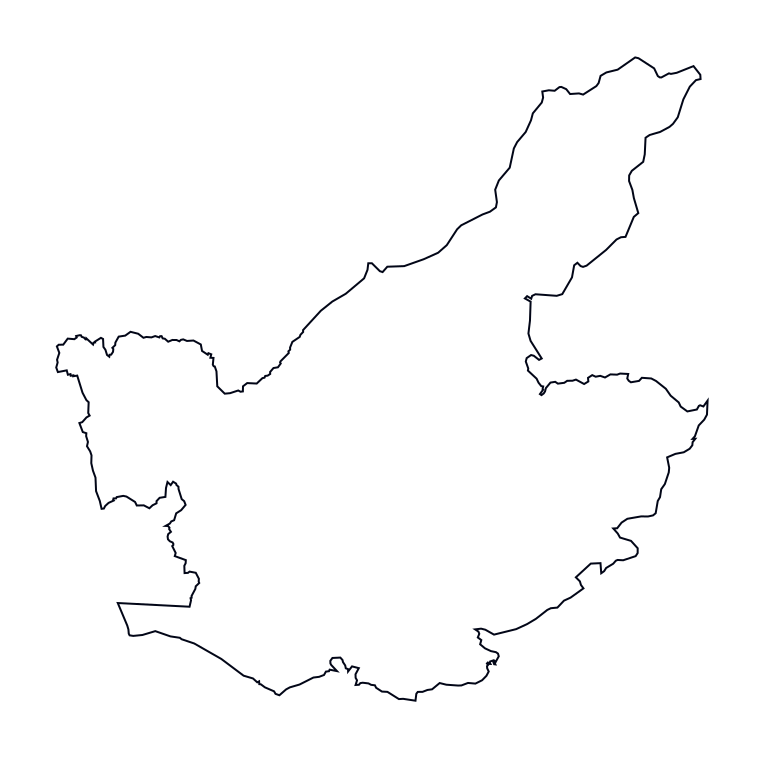 the district of Sisesti, Maramures, Romania, rotated 358°
{"feature_id": "2599482B36678783757762", "entity_name": "Sisesti", "entity_type": "district", "adm_level": 2, "iso_a3": "ROU", "parent_name": "Romania", "parent_adm1": "Maramures", "projection": "mercator", "projection_center": [23.745, 47.637], "detail": "fine", "context": "isolated", "style": "outline", "palette": "ink", "viewbox_px": 768, "rotation_deg": 358, "n_neighbors": 0, "source": "geoboundaries", "source_scale": "gbopen_adm2", "svg_char_len": 6077}
<svg xmlns="http://www.w3.org/2000/svg" viewBox="0 0 768 768"><g transform="rotate(358 384 384)"><path d="M392.1,699.3L404.4,701.6L405.5,694.7L407.0,692.9L411.8,693.0L416.7,691.3L421.4,690.8L429.2,684.8L435.8,686.7L447.1,687.9L450.7,688.0L457.5,685.7L464.9,686.6L471.7,683.5L476.2,679.2L478.6,675.0L477.2,671.7L477.1,669.6L478.1,668.5L477.1,666.9L478.1,666.0L479.3,667.4L480.6,667.5L480.0,666.4L480.4,665.0L483.1,664.2L484.3,667.9L485.5,668.1L483.6,663.5L486.0,665.5L489.2,660.1L488.5,657.4L486.5,655.9L481.6,654.7L475.7,651.7L471.0,647.5L472.3,643.3L468.9,640.6L470.5,637.0L469.7,634.7L466.5,632.4L472.5,631.9L476.7,633.1L485.2,638.3L507.5,633.6L518.5,629.0L527.6,624.0L539.3,615.5L542.9,613.9L549.5,613.5L556.3,606.8L563.0,604.0L576.2,595.2L573.8,591.7L572.9,588.1L569.0,583.9L584.4,570.7L594.1,570.6L594.5,580.7L597.5,578.7L599.6,575.6L606.8,571.6L609.5,568.7L611.3,568.0L616.9,568.5L629.5,564.8L631.6,561.8L631.8,557.0L625.4,549.4L614.5,545.7L612.4,541.6L608.1,536.4L612.0,536.3L616.6,530.8L622.5,527.2L636.3,525.3L643.3,525.6L648.3,524.7L651.0,522.6L653.5,510.5L655.9,506.7L657.4,498.8L661.2,493.8L665.5,482.3L666.1,477.7L664.4,467.2L672.8,464.0L681.2,462.7L687.2,459.4L690.0,456.0L690.4,452.9L693.2,449.6L690.5,449.6L692.9,447.1L697.1,436.4L702.8,430.8L705.7,425.9L706.8,411.9L702.4,417.6L699.2,416.3L697.9,416.9L695.8,420.4L686.2,422.0L679.7,416.9L677.9,412.7L670.1,405.7L665.5,398.6L656.0,390.5L651.3,387.8L641.9,386.8L639.0,389.8L630.8,390.9L628.7,389.3L627.3,387.0L628.4,382.5L620.3,381.8L617.3,382.8L610.6,382.3L605.1,385.2L600.4,383.4L595.8,384.1L592.4,382.4L588.1,385.0L588.3,388.6L584.0,391.0L576.0,386.3L572.5,387.3L567.2,387.2L564.2,389.1L557.8,389.7L555.2,387.8L550.4,388.4L545.6,393.8L544.7,397.0L543.3,399.0L541.0,400.6L539.5,399.5L542.8,395.3L542.3,394.7L543.0,392.0L541.1,391.6L538.5,388.1L536.7,384.0L528.3,375.6L528.7,373.5L526.5,366.5L527.5,363.1L532.0,360.2L534.7,361.0L539.8,365.3L542.5,364.0L532.0,346.0L530.1,338.6L532.1,325.7L533.4,306.8L527.8,303.4L530.1,301.2L534.1,303.9L535.1,301.1L538.5,299.6L559.7,301.9L565.3,300.4L575.6,284.0L578.2,272.0L581.5,269.6L584.6,273.0L587.0,273.9L590.6,272.8L610.6,257.8L621.4,247.7L625.9,245.6L630.5,245.4L639.5,225.7L644.1,222.1L640.2,206.9L639.0,198.7L636.0,189.7L636.3,184.1L639.1,179.6L650.8,171.0L652.6,163.6L654.0,147.0L658.2,144.4L668.8,141.7L678.3,137.0L681.9,134.1L686.9,127.7L693.1,110.0L700.0,97.5L706.4,91.2L711.0,90.3L710.9,86.0L704.4,77.1L687.4,83.2L681.6,84.1L679.6,83.5L671.9,87.3L670.3,87.2L668.4,85.8L665.0,78.0L649.7,67.3L646.4,66.4L628.5,78.0L617.1,80.4L611.2,83.6L609.0,90.7L606.6,93.7L593.1,101.7L589.0,100.4L580.1,100.7L576.4,95.7L571.6,93.3L569.7,93.4L564.8,96.9L559.0,96.2L552.4,97.2L553.0,103.3L551.5,108.2L542.2,118.7L540.1,125.6L534.4,137.1L525.5,146.9L522.0,153.1L517.2,172.2L505.9,184.6L501.9,193.7L503.2,206.2L502.0,211.4L495.9,215.5L488.4,218.0L466.7,228.1L462.5,231.9L451.6,247.4L442.7,254.7L428.0,260.7L408.3,266.9L391.4,266.9L386.5,272.1L383.8,271.1L376.1,262.9L372.5,262.8L371.5,269.3L367.8,277.7L348.9,292.5L335.2,299.8L323.4,308.6L305.0,327.3L305.0,329.2L302.2,331.9L301.4,334.0L293.9,338.7L291.4,344.3L291.4,346.4L289.6,348.0L289.9,349.7L281.4,357.7L280.9,358.7L281.5,359.9L278.6,363.6L274.1,364.2L270.6,368.0L270.6,370.0L268.0,371.6L265.6,371.8L264.8,373.5L262.7,373.9L256.8,379.1L247.3,378.3L243.0,381.4L242.7,386.5L240.3,386.7L238.1,385.4L229.8,387.8L224.5,388.1L217.3,380.5L217.0,365.5L215.5,360.6L214.4,360.3L213.6,358.7L214.5,352.0L211.4,351.7L212.4,348.3L209.6,347.1L208.9,348.6L203.3,344.6L202.3,338.1L195.1,333.9L188.6,334.1L184.9,332.4L182.6,332.8L181.0,334.2L178.2,332.8L174.0,332.6L169.8,334.2L166.5,331.1L164.4,330.7L163.4,328.4L161.9,328.4L161.1,329.6L157.0,328.1L153.2,329.3L148.1,328.7L145.2,329.4L140.1,325.2L132.5,323.0L127.1,326.6L120.5,327.4L117.0,333.2L116.7,335.8L113.8,338.4L114.7,339.6L114.3,342.4L112.4,345.1L110.8,345.2L110.4,347.1L108.2,345.3L106.8,340.1L104.9,337.2L104.8,329.2L102.7,328.0L96.5,331.6L96.7,332.4L95.2,332.6L94.6,334.4L88.1,328.0L87.9,329.0L87.3,329.0L85.7,327.1L83.5,326.3L82.9,324.8L81.7,324.6L78.0,325.3L78.5,326.8L76.1,328.4L69.5,327.6L64.8,333.5L60.3,333.4L58.4,335.0L60.6,341.6L58.1,348.4L58.6,351.1L57.0,356.1L58.5,360.7L67.4,359.3L68.4,363.7L71.0,363.2L71.2,364.8L73.8,364.5L73.7,365.4L77.7,364.9L82.4,382.2L86.0,389.7L88.2,391.9L87.4,402.7L88.7,405.3L85.5,407.0L81.1,411.6L78.2,412.4L81.3,421.5L84.8,422.8L84.5,425.7L86.1,431.6L85.0,435.8L88.0,441.1L89.2,445.1L88.7,452.9L90.1,460.4L92.4,467.5L92.5,481.0L95.9,491.0L97.4,498.9L99.7,498.7L101.1,496.2L104.6,493.2L109.9,491.0L109.3,490.2L109.7,488.9L112.2,489.0L112.9,487.7L119.5,486.7L122.7,487.5L131.1,493.2L132.7,496.8L139.7,496.9L145.2,500.0L148.5,497.1L152.5,495.3L152.6,493.1L155.8,489.9L161.6,489.2L162.5,480.3L164.2,474.4L167.3,477.6L169.8,474.3L172.8,476.3L173.0,477.6L175.0,479.5L175.0,481.8L177.8,492.0L180.2,494.1L181.5,497.9L176.9,503.0L171.8,506.0L169.5,512.8L166.6,513.9L165.1,516.0L160.8,518.2L163.2,518.4L164.6,520.1L164.2,521.5L165.9,524.3L163.1,526.5L162.4,528.9L162.7,531.7L164.5,533.7L167.2,535.0L167.9,536.4L167.8,537.6L166.7,538.6L169.9,545.6L168.9,548.7L179.8,553.1L179.5,556.2L178.1,558.7L178.1,566.0L181.5,565.9L183.1,564.7L189.3,566.1L192.2,572.2L191.9,574.9L192.4,576.4L188.8,579.6L188.3,582.2L184.3,589.1L184.3,590.9L183.2,591.3L183.6,593.4L181.9,599.8L110.3,593.6L119.0,616.5L120.0,620.4L120.2,624.6L121.0,626.3L124.6,627.0L133.8,626.4L146.8,623.0L161.8,628.8L171.1,630.5L172.8,632.0L185.3,636.7L211.8,653.1L233.5,670.6L242.8,673.7L246.9,677.7L248.8,676.8L248.9,679.6L250.4,679.8L254.4,683.0L263.4,687.3L264.8,689.9L268.6,691.4L275.5,685.8L279.3,683.9L289.1,681.4L303.2,674.9L308.9,674.4L313.9,672.7L315.9,669.4L319.0,669.1L319.7,667.6L327.0,669.3L321.4,662.9L320.7,661.4L320.7,658.8L322.9,656.0L330.8,655.9L332.9,658.4L333.3,660.5L335.4,663.9L335.9,666.8L338.1,667.7L338.1,670.0L342.2,665.1L348.9,667.1L345.4,673.1L345.4,676.7L346.7,679.2L345.1,683.8L348.5,683.7L349.9,682.1L352.3,681.8L358.1,682.7L360.6,684.2L364.4,684.8L365.5,687.3L371.2,691.3L376.7,691.8L387.9,699.4L392.1,699.3Z" fill="none" stroke="#020617" stroke-width="2"/></g></svg>